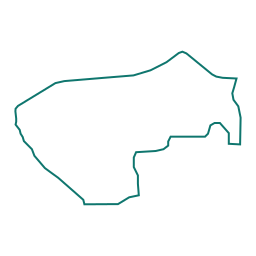 SVG path tracing the border of Lamwo
{"feature_id": "UGA-5603", "entity_name": "Lamwo", "entity_type": "District", "adm_level": 1, "iso_a3": "UGA", "parent_name": "Uganda", "parent_adm1": "", "projection": "orthographic", "projection_center": [32.763, 3.511], "detail": "fine", "context": "isolated", "style": "outline", "palette": "teal", "viewbox_px": 256, "rotation_deg": 0, "n_neighbors": 0, "source": "natural_earth", "source_scale": "10m", "svg_char_len": 775}
<svg xmlns="http://www.w3.org/2000/svg" viewBox="0 0 256 256"><path d="M182.4,51.7L186.4,53.4L212.1,74.4L216.3,76.6L222.6,77.8L236.5,78.5L234.1,87.3L232.3,93.3L233.5,99.8L238.3,106.3L240.6,117.7L240.1,144.4L228.8,143.8L228.8,133.1L219.9,123.0L214.5,123.0L210.4,125.4L208.0,133.7L205.0,136.7L170.6,136.7L168.2,141.5L168.2,145.6L163.5,149.2L155.7,151.0L136.1,152.2L133.8,157.5L133.8,167.1L137.9,175.4L137.9,183.7L138.8,195.3L129.2,197.3L118.0,204.1L84.4,204.3L83.3,199.8L58.2,177.8L52.4,173.6L44.9,168.1L34.4,155.8L31.9,149.2L23.9,141.1L22.7,137.0L20.6,133.7L19.7,129.9L15.6,124.6L16.2,121.7L16.2,118.6L15.4,111.3L15.6,108.7L18.0,105.9L55.4,83.1L64.3,81.1L101.6,78.0L133.5,75.4L150.5,70.3L166.5,62.2L178.8,53.0L182.4,51.7Z" fill="none" stroke="#0f766e" stroke-width="2"/></svg>